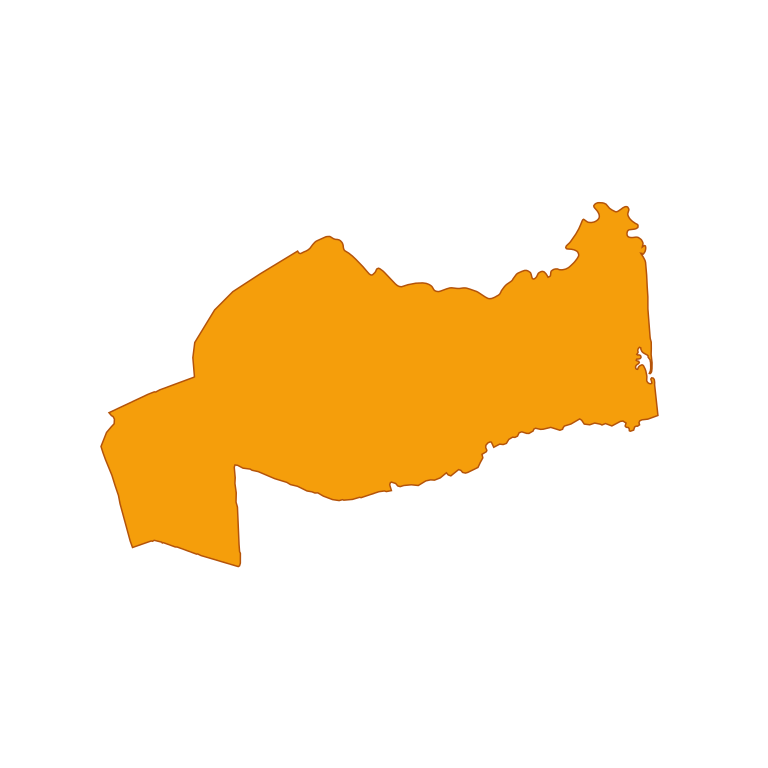 outline of Moyuta, Jutiapa, Guatemala, rotated 242°
{"feature_id": "79465075B23671365948765", "entity_name": "Moyuta", "entity_type": "district", "adm_level": 2, "iso_a3": "GTM", "parent_name": "Guatemala", "parent_adm1": "Jutiapa", "projection": "mercator", "projection_center": [-90.132, 13.908], "detail": "fine", "context": "isolated", "style": "filled", "palette": "amber", "viewbox_px": 768, "rotation_deg": 242, "n_neighbors": 0, "source": "geoboundaries", "source_scale": "gbopen_adm2", "svg_char_len": 6165}
<svg xmlns="http://www.w3.org/2000/svg" viewBox="0 0 768 768"><g transform="rotate(242 384 384)"><path d="M487.8,127.7L484.0,128.5L482.5,129.5L479.6,129.5L475.6,127.1L474.3,123.3L471.5,116.3L461.7,104.8L455.2,103.6L448.1,102.6L431.1,100.9L420.6,98.9L410.2,97.2L402.1,94.7L369.0,87.2L364.6,86.2L357.7,85.2L354.7,104.7L353.8,105.8L353.9,107.7L348.7,113.5L347.7,113.6L347.4,114.8L338.2,123.1L337.1,124.9L321.8,138.6L321.5,139.6L318.4,141.9L291.2,169.6L291.3,171.1L293.3,173.1L301.9,177.7L303.8,177.8L310.2,180.6L344.1,196.8L349.2,197.9L357.2,202.4L366.2,205.7L371.1,208.6L380.8,212.7L382.5,214.4L380.9,216.6L375.9,220.0L371.7,225.9L369.8,227.0L365.7,231.8L351.7,243.1L342.8,252.0L339.1,254.2L334.3,259.6L325.7,265.8L322.6,269.8L320.2,271.8L319.0,274.4L313.5,277.8L306.1,284.3L302.1,289.7L301.4,293.0L300.3,294.0L296.9,302.0L295.4,309.3L294.4,310.4L291.3,328.9L289.4,334.1L287.9,335.6L286.4,340.5L292.3,341.7L293.7,343.0L294.0,344.4L290.7,347.6L287.5,348.3L285.8,350.1L285.1,353.8L282.2,360.8L278.3,366.6L278.8,375.5L277.5,380.1L275.4,383.5L274.7,389.7L276.3,397.4L273.6,398.0L271.5,399.9L273.4,409.7L271.7,411.3L269.0,411.9L267.1,414.1L266.6,416.4L266.2,427.8L269.5,432.2L272.4,436.6L275.9,437.5L276.2,442.6L277.2,443.7L280.0,443.9L282.0,445.1L283.2,448.0L283.1,450.4L282.2,451.5L276.6,451.2L276.6,457.9L274.6,460.8L274.1,464.2L276.5,468.2L276.7,472.5L275.4,474.5L275.3,477.4L277.5,480.4L277.1,483.2L273.4,486.8L272.3,488.8L272.5,493.6L273.8,495.1L273.8,497.0L270.4,501.0L269.3,503.5L267.4,510.9L260.6,517.6L260.2,520.4L261.2,521.5L262.2,523.5L260.9,530.3L261.3,540.4L259.3,541.5L254.6,542.0L251.4,546.5L250.6,551.7L247.0,556.1L245.5,557.2L245.1,561.0L240.0,565.5L240.0,575.1L239.1,577.6L235.9,579.4L233.7,577.2L232.7,577.3L231.9,577.8L230.8,579.3L229.2,579.5L228.3,578.9L227.4,578.7L226.6,579.5L226.1,582.8L228.4,585.1L228.4,586.8L227.7,588.1L228.0,590.5L230.2,591.0L231.4,592.5L231.3,594.9L229.1,600.5L227.6,611.1L256.1,622.5L257.2,623.1L258.3,623.7L260.9,624.7L261.7,624.7L262.9,624.4L263.8,623.2L263.1,621.9L260.5,621.4L259.1,621.0L258.9,619.7L259.9,618.4L261.0,617.7L262.7,617.4L263.8,617.6L267.0,619.5L268.5,620.1L272.7,621.3L274.6,621.6L278.2,621.7L279.4,621.3L279.9,620.5L280.0,618.8L279.8,617.7L279.4,616.6L277.9,614.8L278.5,613.9L279.6,613.6L281.0,614.1L281.8,615.0L282.3,616.2L282.5,618.3L283.1,619.5L284.5,619.6L285.2,618.6L286.5,617.8L287.3,618.7L286.4,621.0L286.2,622.2L286.7,623.3L287.8,623.8L288.8,623.8L290.0,622.8L290.5,621.6L291.5,621.1L292.2,622.5L292.8,623.3L294.6,623.8L295.5,624.6L296.1,625.6L296.5,626.8L295.4,627.7L294.3,627.2L292.7,627.0L291.7,627.0L290.8,627.2L289.8,627.6L288.6,628.3L286.0,630.0L285.0,630.4L283.7,629.8L282.0,630.0L280.5,630.3L279.5,629.9L277.7,629.4L275.3,628.2L272.9,627.0L270.6,625.4L268.8,623.2L268.2,623.9L268.6,625.2L269.3,626.1L271.7,627.8L277.0,630.7L284.6,633.7L289.5,636.5L295.5,639.6L299.0,640.4L300.6,641.0L326.5,652.3L337.1,657.9L346.4,662.1L357.0,667.1L368.5,672.0L370.1,672.4L371.4,672.5L374.4,672.5L377.7,672.2L378.9,672.1L378.2,673.1L377.0,673.2L377.1,674.3L378.0,676.0L378.7,677.0L379.8,678.0L381.1,678.9L382.0,679.3L383.2,679.6L384.1,678.8L383.7,676.4L385.7,678.1L386.7,678.8L388.1,679.0L390.2,679.0L391.3,678.7L393.9,677.4L394.9,676.3L395.5,675.2L396.5,672.5L397.1,671.3L397.8,670.2L398.6,669.3L399.7,668.6L401.2,668.5L403.1,669.3L404.3,670.4L405.0,671.5L405.1,672.8L403.3,677.5L403.0,678.5L402.8,679.8L403.0,681.6L404.4,682.6L405.7,682.8L407.9,681.3L411.0,679.7L413.7,678.8L415.5,678.5L417.8,678.5L419.2,678.8L420.3,679.5L422.8,682.0L423.7,682.3L424.7,682.3L425.9,682.2L426.6,681.6L427.1,680.8L427.4,679.7L427.4,677.4L427.1,675.7L426.7,672.0L426.7,671.1L427.0,669.8L427.6,669.1L430.6,667.0L433.3,665.6L438.5,664.5L440.4,663.1L441.4,661.9L443.2,658.9L443.7,657.7L443.9,656.1L443.8,654.8L443.3,653.6L442.8,652.8L441.5,652.5L440.3,652.7L437.3,653.4L435.9,653.6L433.5,653.6L432.4,653.4L431.3,653.0L430.4,652.5L429.7,651.9L428.8,650.3L428.5,649.2L428.3,647.3L428.4,645.6L428.8,644.2L429.3,642.7L430.7,640.5L431.4,639.8L433.3,638.8L434.6,638.2L435.7,637.6L435.7,636.7L435.1,635.7L432.2,632.2L429.6,628.9L426.3,623.7L422.1,615.5L421.5,614.0L420.7,611.0L420.2,609.6L419.1,608.5L417.8,608.6L417.1,609.4L414.9,612.9L414.0,613.9L413.3,614.8L412.1,615.7L411.0,616.5L409.6,617.0L407.9,616.9L407.0,616.7L405.7,616.0L404.1,613.5L402.4,609.8L401.8,608.1L400.6,603.8L400.2,602.0L400.1,600.7L400.2,598.2L401.0,595.4L401.6,594.1L402.5,592.6L404.2,591.1L405.1,589.3L405.5,587.8L405.5,586.6L405.2,584.7L404.4,583.8L401.6,581.9L401.2,581.2L401.2,579.0L404.0,578.9L405.2,578.8L407.7,578.1L408.7,577.2L409.2,576.5L409.5,575.3L409.5,573.2L409.2,572.0L407.0,569.0L406.6,567.9L406.3,566.7L406.4,565.4L407.3,564.6L408.5,564.6L411.3,565.3L412.5,565.5L413.6,565.6L415.6,564.6L416.6,563.9L417.4,563.1L417.9,562.2L418.3,561.3L418.7,558.6L419.0,554.4L418.9,553.4L418.7,552.4L416.3,547.4L415.6,546.4L415.1,545.1L414.9,543.9L414.4,539.3L414.0,537.6L413.2,535.5L411.2,531.4L410.3,530.3L409.3,528.8L409.0,528.0L408.7,526.7L408.7,524.7L408.6,523.2L408.7,521.3L409.0,519.1L409.8,517.2L410.7,516.0L413.2,514.3L420.7,510.2L422.2,509.2L427.2,504.6L429.9,501.9L430.8,500.6L431.7,498.8L432.9,495.5L434.0,493.5L437.1,489.0L437.9,487.3L438.6,484.0L439.5,477.4L440.0,475.5L440.9,474.2L441.7,473.3L443.1,472.4L445.0,472.2L446.5,472.2L447.8,472.0L448.8,471.6L450.1,470.9L451.1,470.2L453.0,468.5L455.1,465.6L458.1,459.3L459.6,454.4L460.4,451.9L461.6,445.2L462.6,443.7L463.6,442.7L464.9,441.9L467.1,441.0L482.2,436.8L484.3,436.1L487.8,434.4L488.8,433.5L489.0,431.9L488.3,430.6L487.6,429.9L486.7,428.4L485.8,425.2L486.2,423.8L487.9,422.7L490.6,422.0L497.4,420.5L507.2,417.7L511.7,416.2L516.1,414.3L520.0,412.0L521.4,411.7L523.3,412.1L525.9,413.1L527.8,413.4L529.0,413.3L530.9,412.8L532.3,412.0L533.4,410.8L534.7,408.8L535.7,407.9L536.5,407.3L538.5,406.2L539.7,405.4L540.9,403.0L541.3,401.6L541.9,392.3L541.9,390.9L541.6,389.4L540.5,386.4L538.6,382.4L538.1,380.2L538.0,378.6L538.0,377.2L538.2,375.6L538.3,371.6L539.2,370.5L540.6,370.2L541.9,370.1L539.4,326.5L536.5,293.9L528.9,269.2L509.5,236.4L497.0,227.6L479.3,220.0L479.3,218.8L484.1,183.4L484.1,178.6L484.9,177.5L485.7,170.8L487.8,127.7Z" fill="#f59e0b" stroke="#b45309" stroke-width="1.5"/></g></svg>